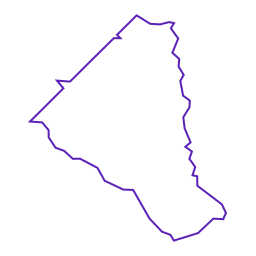 Wheeler, Georgia, United States of America
{"feature_id": "52423323B75387394783245", "entity_name": "Wheeler", "entity_type": "district", "adm_level": 2, "iso_a3": "USA", "parent_name": "United States of America", "parent_adm1": "Georgia", "projection": "orthographic", "projection_center": [-82.703, 32.114], "detail": "fine", "context": "isolated", "style": "outline", "palette": "violet", "viewbox_px": 256, "rotation_deg": 0, "n_neighbors": 0, "source": "geoboundaries", "source_scale": "gbopen_adm2", "svg_char_len": 764}
<svg xmlns="http://www.w3.org/2000/svg" viewBox="0 0 256 256"><path d="M136.6,15.4L117.0,34.8L120.4,38.2L113.8,38.2L90.7,61.0L70.0,81.6L57.0,80.6L63.4,88.3L35.9,115.7L30.0,121.5L42.1,122.4L48.6,130.1L48.7,137.4L55.5,147.7L64.2,150.9L72.8,158.8L80.0,158.7L97.5,167.9L104.7,180.8L123.4,189.6L133.1,189.9L149.6,218.7L162.0,231.7L170.4,234.8L173.9,240.6L198.0,233.1L213.4,218.6L223.4,219.2L223.8,217.5L226.0,213.1L221.9,204.4L197.3,185.7L197.2,176.3L192.5,175.3L195.2,167.0L189.4,158.8L191.9,151.5L185.3,146.8L190.6,142.4L184.6,128.2L183.3,117.2L189.5,107.3L189.8,100.6L183.1,95.7L180.3,80.9L183.7,74.9L178.6,66.6L179.2,58.9L172.4,52.8L178.2,38.5L170.9,28.4L174.0,23.1L169.0,22.1L160.1,24.4L150.2,23.8L136.6,15.4Z" fill="none" stroke="#5b21b6" stroke-width="2"/></svg>